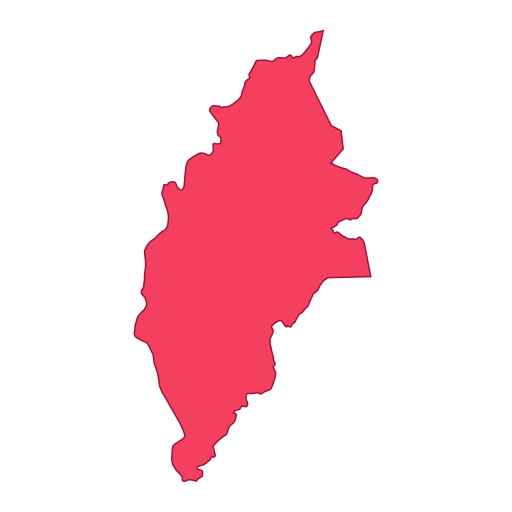 San Antonio, Intibucá, Honduras (Robinson projection)
{"feature_id": "27666195B78525968217176", "entity_name": "San Antonio", "entity_type": "district", "adm_level": 2, "iso_a3": "HND", "parent_name": "Honduras", "parent_adm1": "Intibucá", "projection": "robinson", "projection_center": [-88.465, 13.939], "detail": "fine", "context": "isolated", "style": "filled", "palette": "rose", "viewbox_px": 512, "rotation_deg": 0, "n_neighbors": 0, "source": "geoboundaries", "source_scale": "gbopen_adm2", "svg_char_len": 6043}
<svg xmlns="http://www.w3.org/2000/svg" viewBox="0 0 512 512"><path d="M323.2,30.7L319.8,31.6L316.5,32.1L315.4,32.3L313.8,33.2L312.1,34.8L311.2,36.0L310.8,37.4L310.9,38.7L311.4,40.4L311.6,41.5L311.4,42.9L311.0,44.0L308.0,48.1L304.1,52.9L301.8,55.3L299.9,56.4L299.0,56.6L297.5,56.5L296.5,56.5L295.6,56.8L294.1,57.6L293.2,57.8L292.6,57.6L292.1,57.2L291.5,55.9L291.0,55.4L290.4,55.1L289.8,55.1L288.6,55.6L286.9,57.3L285.3,58.0L283.3,58.2L279.6,57.6L278.5,57.7L277.3,58.1L275.6,59.0L273.8,60.9L272.6,61.4L270.6,61.4L267.3,60.5L264.8,60.2L259.1,60.3L257.1,60.5L256.4,60.9L255.3,62.6L253.1,67.1L249.2,74.1L249.1,74.8L249.1,75.4L249.7,77.0L249.6,77.9L248.9,78.6L246.9,80.1L245.1,82.0L244.9,84.3L243.9,87.4L242.2,91.7L241.4,95.5L240.7,97.1L239.7,98.4L237.3,100.6L233.0,104.1L230.9,105.4L228.5,106.5L226.6,106.9L223.3,107.0L221.0,107.5L220.5,107.3L220.3,106.7L220.0,106.4L213.2,105.7L212.3,106.1L211.2,107.1L209.9,108.8L209.6,110.2L210.0,111.4L213.0,115.6L218.1,122.1L218.6,122.9L218.5,125.9L217.5,130.1L217.4,132.5L217.6,133.8L218.1,135.1L218.7,135.8L220.1,136.7L220.8,138.0L221.0,139.3L221.0,140.6L220.7,142.2L220.4,143.3L219.8,143.7L218.4,143.9L217.0,143.9L214.8,143.5L214.0,143.6L213.3,144.0L213.1,144.5L213.1,145.7L213.2,148.1L213.5,150.3L213.4,151.0L211.7,153.5L210.1,155.2L209.2,155.3L208.0,155.1L206.9,154.8L205.3,153.8L204.0,153.4L201.6,153.1L199.8,153.1L197.2,154.4L192.2,157.5L189.5,159.4L188.2,160.7L187.4,162.0L186.7,163.9L186.2,165.8L185.5,169.9L184.2,185.7L183.2,188.6L182.2,189.9L181.5,190.2L180.8,190.1L179.7,189.5L178.6,188.5L177.7,187.5L176.8,186.2L176.0,183.9L175.6,183.1L174.8,182.2L174.1,181.8L172.0,181.8L170.0,182.3L168.6,182.9L167.6,184.4L167.0,184.9L166.4,185.0L165.5,184.7L165.0,184.6L164.3,184.8L163.6,185.2L163.4,187.6L162.9,189.7L162.1,192.3L162.0,194.0L162.5,196.1L164.5,201.2L165.7,205.9L167.1,209.6L167.9,212.5L168.3,215.1L168.5,217.8L168.0,223.3L167.7,225.2L167.4,226.3L166.8,227.6L165.3,229.6L164.4,230.4L162.3,231.5L160.3,232.9L157.4,235.7L155.7,237.7L150.4,241.7L149.1,242.9L148.0,244.2L146.8,246.1L145.6,248.4L144.9,250.0L144.6,251.3L144.6,252.6L145.5,260.6L145.6,266.3L144.5,275.1L144.5,279.1L143.7,285.8L143.2,287.9L142.1,289.6L141.6,290.7L141.4,291.8L141.3,293.0L141.4,293.6L141.7,294.0L144.9,297.4L146.5,302.0L146.7,303.2L146.7,304.5L146.5,305.4L146.0,306.8L144.2,309.7L143.6,310.5L142.2,311.5L138.5,315.8L137.6,317.1L135.2,325.3L135.0,329.0L134.4,332.4L134.3,334.1L134.4,335.1L134.7,335.8L136.2,337.3L137.7,338.4L139.4,339.2L141.0,340.2L145.7,342.1L147.8,344.1L149.0,346.0L153.1,354.6L154.3,363.6L156.5,369.6L157.6,373.4L158.4,377.3L159.5,385.9L160.3,387.9L162.5,392.9L165.4,397.6L171.9,409.2L173.6,411.9L175.6,415.6L179.8,422.9L183.2,430.1L184.2,433.0L184.8,435.0L184.8,435.8L184.4,437.0L183.7,438.2L183.1,438.7L175.4,443.8L173.9,444.9L173.3,445.5L172.8,446.9L172.4,448.5L172.0,455.5L171.7,458.6L171.9,460.6L172.2,462.6L172.6,464.1L173.2,465.4L176.2,470.2L179.3,473.3L181.8,476.4L182.2,477.3L182.6,480.6L183.3,481.2L184.8,481.3L187.2,480.2L189.6,479.7L191.2,479.9L196.4,481.1L197.2,479.9L198.3,478.8L199.6,477.9L201.1,477.1L202.1,476.1L202.4,475.3L202.6,473.7L202.6,472.2L202.4,471.2L201.9,470.7L201.0,470.2L197.7,469.2L197.1,468.1L197.0,467.7L197.1,467.3L197.8,466.6L199.1,465.9L202.2,465.2L204.9,464.0L206.2,463.0L207.9,461.4L209.9,460.1L211.0,457.8L211.4,457.2L212.1,457.0L214.3,456.9L214.9,456.4L215.2,455.8L215.2,455.0L213.6,448.4L213.2,446.5L213.2,445.9L217.6,441.2L221.8,437.6L225.5,435.0L226.5,434.1L227.0,433.1L228.8,427.8L229.4,426.3L231.1,424.8L233.3,423.1L234.4,421.9L235.3,419.7L236.4,415.1L236.2,414.4L236.0,414.0L233.6,413.2L233.4,412.6L233.9,412.0L234.9,411.1L236.1,410.2L237.2,409.8L238.8,409.6L239.7,409.2L240.3,408.5L241.0,406.8L241.6,406.1L245.9,406.7L246.5,406.6L246.8,406.2L247.4,405.0L247.7,403.6L247.3,402.2L246.2,399.5L245.9,398.3L246.1,395.2L246.9,394.0L247.6,393.5L252.8,393.5L257.5,392.6L258.0,392.7L259.3,393.7L261.0,394.0L264.0,392.0L269.9,389.6L270.7,389.0L271.2,388.3L272.6,385.1L274.5,379.4L275.3,376.3L275.7,373.9L275.6,372.9L275.3,372.0L273.7,368.3L273.4,367.1L273.7,366.2L275.1,364.4L275.1,363.4L274.8,362.4L274.0,361.5L273.7,360.4L273.1,356.3L271.6,350.6L270.4,345.1L270.0,340.8L270.0,339.4L270.2,338.4L272.5,333.7L273.1,331.4L273.0,329.6L272.0,328.2L271.7,327.0L271.6,326.2L271.9,325.7L275.3,322.8L276.5,322.0L278.7,320.9L280.6,320.5L281.2,320.7L282.6,322.2L283.6,323.6L284.8,325.5L285.8,326.5L286.5,326.8L287.1,326.7L287.4,326.4L287.5,325.9L288.8,326.5L289.9,326.9L290.5,326.9L291.0,326.7L291.4,326.1L292.1,323.8L293.9,323.2L294.7,322.3L297.9,316.3L299.1,314.5L299.9,313.7L302.0,312.5L302.7,312.0L303.4,311.1L305.4,308.2L306.6,307.4L307.8,306.2L311.3,298.0L312.4,295.9L312.6,294.8L313.0,294.1L317.3,290.7L318.1,289.5L319.8,285.8L323.1,281.2L327.8,277.7L370.7,276.6L364.3,243.1L363.8,242.5L363.1,240.5L362.7,239.8L361.8,239.2L360.3,237.5L359.7,237.1L358.5,237.6L356.5,239.1L355.6,239.5L355.1,239.5L354.2,239.0L353.1,238.9L351.8,239.2L350.1,238.9L347.9,239.0L345.2,237.1L342.2,235.8L338.7,232.8L337.6,232.1L337.1,232.0L336.3,232.2L334.7,233.0L334.0,233.0L333.5,232.4L333.3,231.1L332.9,230.1L330.9,228.5L331.0,228.2L331.8,227.7L334.1,226.9L336.3,225.6L337.0,224.8L337.5,223.5L338.0,222.7L338.9,221.7L341.9,220.4L344.7,219.0L346.3,218.5L347.4,218.5L348.1,218.7L349.0,219.6L350.3,219.7L351.0,219.5L353.3,218.5L356.9,218.5L357.8,217.8L360.8,214.5L361.6,211.6L361.7,209.0L362.2,207.8L363.7,205.3L366.2,202.4L367.6,200.5L368.8,198.3L369.6,196.2L370.7,194.7L371.5,193.0L371.8,192.1L372.4,189.3L372.6,187.6L372.5,186.3L372.9,185.2L373.4,184.5L374.1,183.8L376.1,183.4L376.9,183.0L377.5,182.0L377.7,180.8L377.4,179.9L376.5,179.0L375.6,178.4L374.3,178.0L372.5,177.7L370.2,178.0L366.0,178.1L364.9,178.1L363.9,177.8L357.4,174.4L349.9,171.4L346.3,169.1L340.0,167.4L338.4,166.6L334.7,165.3L332.5,163.7L330.6,163.3L343.2,148.9L341.1,130.8L331.4,125.8L309.6,81.9L309.5,79.8L309.9,77.0L310.5,75.8L313.4,72.6L313.8,71.7L314.2,70.4L314.4,68.7L314.5,66.9L314.8,65.1L314.9,61.2L315.5,59.7L316.8,58.7L317.4,57.3L318.7,51.8L323.2,30.7Z" fill="#f43f5e" stroke="#9f1239" stroke-width="1.5"/></svg>